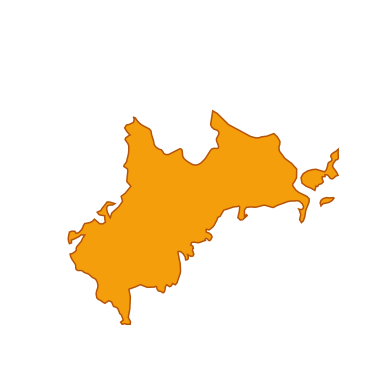 outline of Yamaguchi, rotated 321°
{"feature_id": "JPN-1826", "entity_name": "Yamaguchi", "entity_type": "Prefecture", "adm_level": 1, "iso_a3": "JPN", "parent_name": "Japan", "parent_adm1": "", "projection": "robinson", "projection_center": [131.623, 34.219], "detail": "fine", "context": "isolated", "style": "filled", "palette": "amber", "viewbox_px": 384, "rotation_deg": 321, "n_neighbors": 0, "source": "natural_earth", "source_scale": "10m", "svg_char_len": 4755}
<svg xmlns="http://www.w3.org/2000/svg" viewBox="0 0 384 384"><g transform="rotate(321 192 192)"><path d="M292.4,198.1L293.0,202.9L292.2,208.0L290.2,210.2L287.8,211.8L285.7,215.1L285.3,224.3L287.4,232.6L287.8,240.0L282.2,246.7L278.0,248.5L275.4,249.1L274.2,250.7L273.9,256.0L274.8,259.8L278.5,267.7L278.8,271.0L276.8,273.4L269.0,277.8L263.8,282.4L260.3,284.5L257.8,284.7L258.3,281.1L262.0,278.3L262.6,277.3L263.9,274.1L264.2,272.4L265.8,274.5L267.8,274.8L269.6,273.4L270.3,270.3L269.6,266.6L267.9,264.6L265.7,263.3L263.7,261.6L260.6,259.8L249.6,256.0L245.6,255.3L244.6,254.3L240.3,248.1L238.4,246.9L233.6,244.8L231.8,243.8L227.9,240.3L224.6,238.2L221.4,239.0L217.6,243.8L220.1,243.8L220.1,245.1L214.0,245.4L211.9,244.2L211.5,240.8L216.8,236.6L219.7,233.6L219.5,232.3L217.9,231.8L215.4,230.0L205.2,226.1L198.6,228.6L196.0,228.0L193.8,229.4L188.3,231.8L186.3,232.3L181.6,232.3L180.8,231.6L180.2,230.3L179.3,230.0L177.9,232.3L179.4,234.6L180.0,237.3L179.3,239.6L176.8,240.8L175.6,241.0L174.8,240.7L174.5,240.0L174.4,238.6L173.9,236.9L172.8,236.8L171.9,237.4L171.9,238.0L166.4,236.1L164.8,235.3L161.8,232.0L160.0,231.1L157.6,232.3L158.4,234.0L158.5,234.9L157.6,236.6L157.1,236.4L155.4,238.0L155.2,239.3L154.6,240.0L154.6,240.8L154.2,241.6L152.7,242.3L151.5,242.0L150.4,240.8L149.6,239.3L149.1,238.0L148.2,240.1L147.2,241.4L145.9,241.7L144.3,240.8L145.9,238.0L146.3,234.2L145.6,231.0L143.7,229.5L142.6,230.9L137.8,240.1L133.7,245.8L131.8,247.7L123.1,253.2L120.6,253.6L119.2,250.8L117.9,251.6L116.4,251.9L115.0,251.5L114.5,250.1L114.1,248.2L113.3,248.2L112.1,248.9L110.9,249.4L110.6,249.9L109.6,250.9L108.2,251.9L106.7,252.4L105.8,251.7L105.4,250.0L103.6,247.7L103.8,245.3L104.7,243.6L104.6,242.6L103.1,242.3L97.2,237.9L93.6,231.5L88.2,230.1L81.8,227.8L78.0,234.8L70.0,243.8L63.6,249.3L62.6,254.0L60.8,255.9L57.9,253.7L56.9,252.0L54.4,250.8L54.6,248.2L57.9,248.3L59.7,243.4L59.4,241.0L60.4,238.0L61.0,235.6L60.3,233.3L59.0,231.7L60.3,226.7L58.8,224.1L54.3,223.7L53.4,221.5L52.7,218.7L51.6,216.5L51.4,214.3L53.4,210.8L55.7,208.8L58.0,207.4L60.1,205.5L61.8,202.1L62.2,199.4L61.7,197.5L60.9,196.1L60.0,190.8L57.6,186.6L57.1,184.3L56.7,183.5L54.0,181.3L53.2,179.4L53.9,177.8L55.0,176.4L55.8,175.0L56.4,168.5L57.0,166.0L58.2,163.5L60.2,164.4L63.0,164.8L65.5,164.4L66.6,162.8L67.8,162.1L75.0,160.6L77.7,159.2L81.6,157.9L78.8,155.5L76.3,155.6L69.6,154.1L67.9,153.4L66.8,155.2L66.3,155.7L64.2,155.0L65.1,152.5L66.6,150.2L68.5,148.4L71.6,146.0L73.9,146.8L76.2,148.7L75.9,151.0L77.4,152.0L79.7,152.2L82.2,151.8L84.6,151.0L86.4,149.8L88.8,149.0L93.1,151.4L95.9,152.1L99.1,151.7L100.3,158.6L102.5,160.6L105.8,160.9L106.9,158.6L109.2,155.5L106.0,152.0L105.5,150.6L105.6,148.0L109.4,149.0L111.9,148.1L116.7,147.1L119.8,146.3L121.9,148.3L124.8,152.5L122.2,152.2L119.5,150.1L117.8,149.7L115.8,150.4L114.5,152.4L113.4,154.8L112.7,157.5L112.2,160.6L113.4,159.9L115.6,158.3L116.9,157.8L125.4,157.4L132.1,155.6L134.2,150.8L139.5,150.9L148.1,149.1L147.9,142.9L150.2,140.4L155.4,135.2L156.4,133.4L155.1,129.2L156.4,128.3L160.0,127.4L166.7,122.3L169.4,119.5L172.0,116.1L172.7,113.9L173.0,109.2L174.4,108.2L177.9,108.4L179.8,108.7L179.5,106.9L179.5,103.5L180.0,99.8L183.2,98.7L185.6,99.9L190.3,101.1L192.9,99.1L193.3,97.4L193.7,97.2L194.4,98.4L194.5,99.2L194.3,102.0L194.3,103.8L194.8,107.0L195.4,109.0L198.5,116.2L198.6,118.3L197.8,120.2L196.8,121.7L194.2,128.2L192.5,131.2L192.2,134.0L193.1,137.5L194.7,139.9L194.7,142.3L194.3,144.3L195.0,146.2L197.3,148.1L209.9,150.8L210.7,152.1L210.6,153.3L207.6,157.9L206.9,159.7L206.9,161.8L207.3,164.2L208.2,167.2L209.3,170.0L210.4,172.1L212.3,173.7L214.6,174.7L217.7,175.1L223.4,174.4L232.3,171.4L234.3,171.0L236.5,171.8L238.3,173.5L239.8,174.4L241.1,173.8L242.0,171.6L243.2,168.0L243.8,166.8L244.5,166.0L249.3,163.9L250.1,162.9L250.7,161.7L250.4,159.9L249.8,158.7L248.6,157.0L248.2,153.8L248.9,151.3L259.2,142.0L261.0,146.8L262.8,162.6L272.5,185.8L275.6,190.1L278.5,192.2L280.4,192.7L285.3,195.7L291.1,197.7L292.4,198.1ZM291.8,265.3L291.0,266.3L290.1,267.0L288.4,268.1L286.9,264.0L284.3,259.3L283.1,254.3L285.8,249.4L290.0,247.8L294.8,248.3L299.4,250.2L302.7,252.4L307.6,259.6L310.0,259.4L312.3,258.1L315.9,255.3L317.0,255.1L319.6,255.5L320.7,255.3L321.7,254.0L322.2,251.7L323.2,250.8L325.3,250.4L329.9,250.9L332.6,250.8L330.6,253.0L326.9,258.0L325.5,258.3L323.8,257.6L319.5,258.9L317.8,260.0L317.1,261.6L316.9,266.8L316.6,268.8L316.0,271.0L314.0,270.2L310.1,270.3L308.7,269.7L308.0,267.9L308.2,265.9L308.0,264.0L306.2,262.3L305.1,263.8L302.7,262.1L301.6,263.2L301.0,265.4L300.3,266.8L298.1,267.1L295.1,266.0L293.1,266.8L291.8,265.3ZM293.2,281.1L294.7,282.8L298.5,285.5L298.3,286.3L295.6,286.8L291.9,286.3L286.3,283.5L283.5,284.0L284.7,281.1L287.1,279.7L290.0,279.7L293.2,281.1Z" fill="#f59e0b" stroke="#b45309" stroke-width="1.5"/></g></svg>